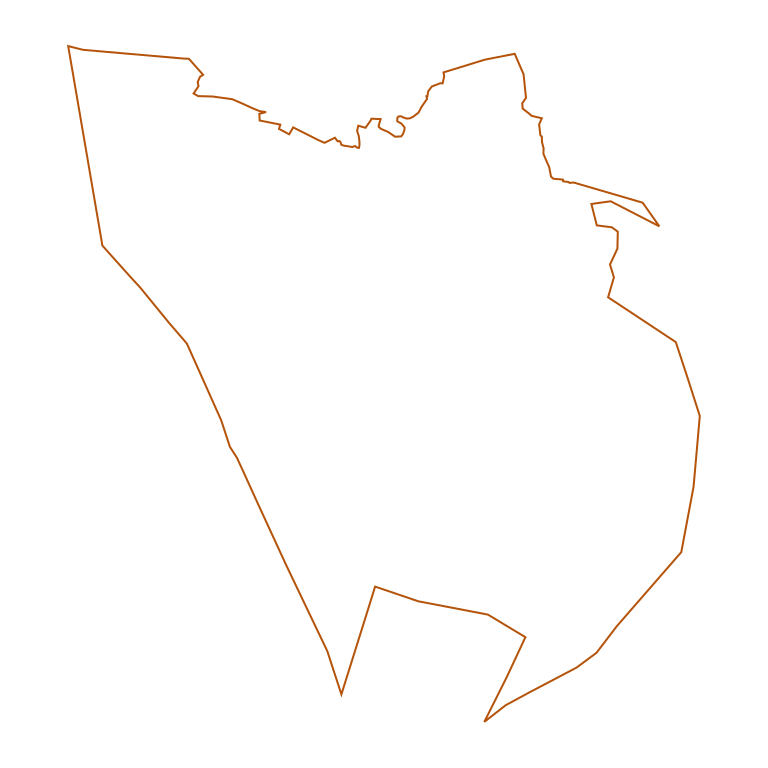 the district of Santa Ana, Oaxaca, Mexico
{"feature_id": "50627088B53978228930209", "entity_name": "Santa Ana", "entity_type": "district", "adm_level": 2, "iso_a3": "MEX", "parent_name": "Mexico", "parent_adm1": "Oaxaca", "projection": "natural_earth1", "projection_center": [-96.73, 16.33], "detail": "fine", "context": "isolated", "style": "outline", "palette": "amber", "viewbox_px": 768, "rotation_deg": 0, "n_neighbors": 0, "source": "geoboundaries", "source_scale": "gbopen_adm2", "svg_char_len": 2024}
<svg xmlns="http://www.w3.org/2000/svg" viewBox="0 0 768 768"><path d="M186.9,343.6L221.2,420.3L229.9,446.8L237.0,457.9L243.8,472.7L259.0,506.1L285.9,564.5L292.0,577.3L327.3,651.1L341.4,694.4L367.0,612.7L375.1,586.6L418.3,601.3L487.9,614.6L525.4,637.2L506.9,676.8L484.3,721.9L505.7,705.2L529.9,692.1L576.5,667.6L596.5,652.8L616.8,626.2L681.3,552.1L693.5,487.1L694.1,480.7L699.8,416.0L687.1,376.4L675.8,342.1L608.1,297.3L613.9,277.4L610.0,264.5L614.5,254.9L617.4,248.6L617.8,231.7L611.9,227.3L596.8,225.4L591.4,204.0L597.4,203.1L610.7,201.3L659.3,226.3L648.9,211.5L642.7,202.7L573.9,182.6L572.7,182.6L569.5,182.9L568.5,182.0L563.1,181.3L562.9,179.6L558.9,179.2L556.3,179.0L553.3,178.7L551.0,176.6L549.2,167.2L546.1,160.2L543.4,153.7L543.6,148.3L542.0,142.1L541.8,136.6L540.4,135.3L539.1,124.5L541.8,118.3L531.5,115.8L529.6,114.0L523.9,109.5L522.7,108.6L522.2,103.4L526.0,97.8L524.6,84.5L524.5,83.0L523.5,74.1L522.7,72.2L521.8,70.2L518.6,62.8L514.7,53.8L484.7,59.7L443.5,72.4L444.2,76.3L442.6,83.4L440.4,83.2L431.8,86.5L428.2,91.3L427.4,96.2L426.4,96.3L427.1,98.8L421.2,107.4L420.1,109.7L418.4,112.7L413.6,116.4L410.1,118.3L406.7,118.6L402.6,117.2L401.9,116.6L401.0,116.3L399.7,116.3L398.2,116.6L397.4,117.9L397.2,120.6L397.4,121.4L401.3,123.5L404.6,127.4L404.4,130.1L402.8,134.3L401.2,136.4L395.1,136.7L391.4,134.2L387.9,131.8L381.0,128.9L378.7,126.8L378.8,125.2L380.6,119.1L371.4,118.7L371.0,120.0L365.5,127.8L358.3,125.7L357.1,130.9L358.7,135.8L359.4,141.0L359.5,145.2L358.9,147.9L357.0,147.6L355.2,146.0L352.4,147.0L343.6,145.6L341.3,144.7L340.5,142.1L339.4,141.0L337.6,141.3L334.9,137.7L324.6,142.8L319.4,140.6L293.2,127.4L289.2,134.3L279.0,128.9L280.3,124.6L259.7,120.5L259.3,113.8L266.1,112.1L259.6,111.1L252.9,108.4L242.2,103.5L232.2,99.2L212.6,96.5L198.1,96.1L193.6,93.5L198.5,86.2L197.7,82.1L200.0,76.8L203.1,74.8L188.9,58.8L182.8,58.5L122.9,53.3L82.9,49.8L68.2,46.1L83.9,137.6L99.0,225.7L102.4,245.6L107.2,251.0L129.3,275.7L140.4,287.8L168.9,322.7L186.9,343.6Z" fill="none" stroke="#b45309" stroke-width="2"/></svg>